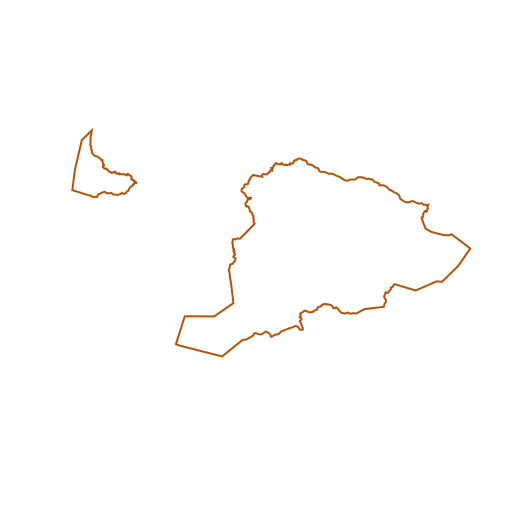 Gracias, Lempira, Honduras (Mercator projection), rotated 198°
{"feature_id": "27666195B65386405180850", "entity_name": "Gracias", "entity_type": "district", "adm_level": 2, "iso_a3": "HND", "parent_name": "Honduras", "parent_adm1": "Lempira", "projection": "mercator", "projection_center": [-88.54, 14.629], "detail": "fine", "context": "isolated", "style": "outline", "palette": "amber", "viewbox_px": 512, "rotation_deg": 198, "n_neighbors": 0, "source": "geoboundaries", "source_scale": "gbopen_adm2", "svg_char_len": 6157}
<svg xmlns="http://www.w3.org/2000/svg" viewBox="0 0 512 512"><g transform="rotate(198 256 256)"><path d="M54.5,329.4L76.7,337.1L78.6,335.4L83.5,333.9L96.5,333.1L103.3,334.5L110.3,343.3L110.2,344.1L109.5,344.6L109.3,345.1L109.4,346.2L110.1,347.5L109.6,349.1L109.3,351.0L109.0,351.3L107.4,350.9L107.3,351.2L107.3,351.9L107.7,353.2L107.2,354.4L108.3,356.2L108.1,357.9L109.0,357.3L109.9,357.2L112.7,356.5L113.3,356.7L114.2,357.4L114.8,357.4L117.2,356.1L121.6,356.3L123.7,356.7L125.2,356.0L126.9,354.5L127.9,354.2L128.8,353.7L132.1,353.6L136.3,354.9L137.0,355.6L138.2,357.4L139.7,358.4L141.1,358.9L142.2,359.2L144.5,359.2L145.2,359.6L147.5,360.1L148.0,360.4L149.4,360.1L152.4,361.9L155.8,362.6L158.3,362.3L159.8,361.3L160.3,361.3L160.7,361.5L161.2,362.6L161.6,363.0L162.9,363.2L166.0,363.1L166.9,363.5L169.0,364.8L170.6,364.3L172.8,364.3L174.1,363.6L175.0,363.5L175.9,363.5L177.1,363.8L178.3,363.5L179.3,363.7L182.9,362.6L183.6,362.2L184.7,360.3L185.7,359.3L190.1,357.7L190.6,357.4L191.9,355.9L193.2,355.6L194.9,355.6L198.1,356.2L200.5,357.0L205.1,357.3L208.1,357.8L210.6,357.4L211.9,356.7L216.6,357.2L218.1,356.9L219.9,356.2L221.1,356.1L222.2,356.5L223.2,358.0L224.7,358.8L225.3,358.9L226.2,358.4L226.5,358.4L228.4,359.0L229.5,359.8L230.4,359.6L231.6,359.8L235.0,359.3L235.8,359.8L237.4,361.9L238.6,362.1L239.5,361.8L240.2,362.2L240.9,361.8L241.6,361.8L242.2,362.2L243.1,362.4L244.0,362.2L244.7,362.3L245.2,362.1L246.2,361.3L246.8,360.5L246.8,360.1L247.6,359.9L247.6,359.3L247.8,359.0L248.8,358.8L249.2,358.5L249.2,356.1L249.5,356.0L250.0,355.2L251.0,354.8L252.1,354.7L251.6,353.5L251.7,353.3L253.8,352.8L254.2,352.6L254.6,351.9L255.9,352.1L256.2,351.5L256.9,351.2L257.9,351.5L258.5,351.4L259.8,351.5L260.2,352.3L260.8,351.8L261.4,350.7L262.2,350.3L263.4,350.4L264.4,350.2L265.3,350.6L265.7,350.5L266.4,348.8L266.7,348.6L266.5,347.8L267.2,347.2L267.1,344.9L267.4,344.7L268.5,344.6L268.8,344.3L268.2,344.0L267.4,343.2L267.0,342.2L268.5,341.9L268.9,341.7L269.0,339.9L270.0,338.8L270.9,336.9L273.8,336.4L274.6,336.0L275.3,334.9L274.5,333.3L283.9,332.1L285.1,329.7L286.0,325.8L286.2,324.5L285.8,322.8L285.8,322.4L286.1,321.9L287.0,321.2L288.2,321.0L288.7,320.5L289.0,319.7L288.7,318.4L288.8,317.4L290.1,315.8L290.2,315.2L290.0,313.8L289.4,312.8L287.4,312.4L286.6,312.1L284.3,310.3L282.3,308.5L281.5,308.5L279.2,309.9L278.7,309.9L278.6,309.4L278.8,308.9L280.9,307.2L281.5,306.6L281.4,304.6L282.3,303.1L282.0,302.0L281.0,300.4L280.6,300.1L280.0,300.1L279.2,300.8L278.4,300.5L276.9,299.0L276.1,297.4L275.5,296.6L275.1,296.4L273.2,296.0L272.3,294.3L270.6,293.0L270.5,291.7L270.3,291.2L269.3,290.1L268.7,287.2L267.2,286.3L276.5,267.6L277.2,267.3L279.1,267.0L280.7,265.3L282.6,265.3L283.0,264.7L283.1,263.9L282.7,262.5L282.6,261.0L281.6,259.9L280.6,256.9L280.1,256.3L279.1,255.9L278.7,255.5L278.7,255.0L279.1,254.4L279.2,254.0L278.0,253.6L277.9,252.1L276.9,251.9L276.5,251.5L276.6,250.4L277.4,248.8L277.3,248.2L276.9,247.8L275.0,247.7L274.4,246.7L274.6,244.2L274.9,244.0L275.3,243.5L275.7,241.5L276.1,241.1L277.0,240.7L277.8,239.9L277.4,234.4L270.7,221.0L262.9,204.2L277.2,185.6L300.7,178.1L305.1,176.6L304.9,147.4L300.6,147.2L257.2,150.0L243.2,171.5L241.2,172.8L239.2,173.8L238.6,174.3L237.4,176.0L236.6,176.6L234.4,179.2L234.0,180.0L233.9,181.4L233.7,181.8L232.6,182.5L231.8,182.6L229.1,182.4L227.9,182.6L227.2,183.0L225.9,184.0L224.5,185.6L223.6,187.0L223.2,187.1L221.2,187.0L218.4,185.9L217.9,185.6L217.4,184.3L216.9,183.8L215.5,184.6L214.1,186.7L211.6,188.0L210.0,189.3L208.9,191.8L202.1,197.5L198.9,199.6L198.7,200.0L197.0,201.5L196.0,201.8L194.5,201.6L193.2,201.0L192.0,199.8L191.5,199.6L189.8,199.9L189.0,200.2L188.8,200.6L188.9,201.2L189.5,202.3L192.4,205.9L194.2,207.6L194.1,207.9L193.3,209.1L193.2,210.2L193.9,210.9L195.1,211.0L195.6,211.3L195.6,211.7L194.9,213.0L196.2,214.5L196.2,214.9L195.3,216.0L194.1,217.1L193.1,218.9L192.4,218.9L192.0,219.3L191.2,219.1L190.4,219.3L189.1,218.9L188.4,218.9L185.9,219.6L185.3,220.2L184.3,220.7L184.0,221.9L183.5,222.3L182.9,222.5L182.3,223.3L181.3,224.0L181.5,224.8L181.3,225.4L181.2,226.5L178.4,228.4L178.5,229.4L176.7,231.2L174.8,231.9L173.8,231.9L172.0,232.4L169.3,232.4L167.6,231.7L166.8,230.5L166.0,230.3L165.0,230.7L163.9,232.0L162.1,231.2L159.2,229.3L157.1,228.4L155.0,228.6L153.5,228.9L152.5,229.5L151.0,230.7L149.8,230.3L148.1,230.4L145.8,231.7L142.6,232.4L136.7,238.9L118.9,247.1L118.8,248.2L119.0,250.0L118.4,252.2L118.5,253.8L118.8,254.3L120.7,255.8L121.5,256.8L121.7,258.2L121.4,260.0L121.6,260.9L121.2,261.7L120.4,261.7L119.7,261.5L118.9,262.0L118.5,263.9L117.4,266.2L118.0,267.2L118.0,267.6L117.6,268.0L116.6,268.5L116.4,269.9L115.6,272.0L93.4,272.6L76.4,287.7L71.1,289.0L60.7,308.8L54.5,329.4ZM451.1,261.9L433.2,262.0L432.7,262.4L432.1,262.5L431.6,262.4L430.6,261.8L429.4,261.6L428.1,262.4L426.0,262.7L425.6,262.9L425.4,263.4L425.3,265.2L424.9,266.1L423.6,266.9L422.5,268.3L419.8,270.4L418.0,269.8L416.4,269.8L415.5,270.0L413.3,271.1L412.6,271.1L410.8,270.4L408.8,271.0L406.3,271.3L403.7,273.4L402.9,274.7L401.1,274.2L400.2,274.5L398.9,276.4L398.7,277.4L397.6,278.6L397.2,282.0L396.5,283.2L395.0,284.8L395.0,285.3L395.2,285.6L395.2,285.9L394.5,286.2L394.1,287.6L392.4,288.5L392.7,289.0L393.2,289.3L393.9,289.5L395.1,289.4L395.2,290.0L395.4,290.2L396.2,290.1L397.0,290.5L397.6,290.2L398.3,290.3L398.4,290.5L398.5,292.7L399.7,293.6L401.5,293.6L402.5,294.5L403.8,294.1L403.9,293.9L403.6,293.5L403.8,292.9L404.5,293.3L405.2,292.8L407.6,292.9L409.6,291.9L410.6,292.1L411.1,291.5L412.0,292.3L413.3,291.3L414.8,291.5L415.5,292.1L415.6,292.6L415.8,292.7L416.6,292.0L417.1,292.0L417.3,291.8L417.2,291.3L418.1,291.2L418.8,290.4L420.5,291.0L421.2,290.7L421.7,290.8L423.2,291.7L423.9,291.7L424.7,292.7L425.8,292.8L426.8,292.3L427.3,292.3L429.2,293.3L429.4,293.5L429.4,294.0L429.2,294.4L428.6,294.9L428.6,295.5L429.1,296.1L429.6,296.0L429.9,296.2L430.1,297.0L431.2,298.3L431.6,299.7L432.6,299.3L433.9,300.5L435.5,301.0L436.2,301.0L437.7,301.8L439.1,301.3L441.3,301.7L442.1,302.1L444.2,303.8L444.5,305.4L445.7,306.4L446.1,308.2L446.9,309.6L448.1,310.5L448.5,313.2L448.8,313.5L450.0,317.7L450.3,319.7L450.5,322.2L451.0,324.7L457.5,312.4L454.9,282.5L451.1,261.9Z" fill="none" stroke="#b45309" stroke-width="2"/></g></svg>